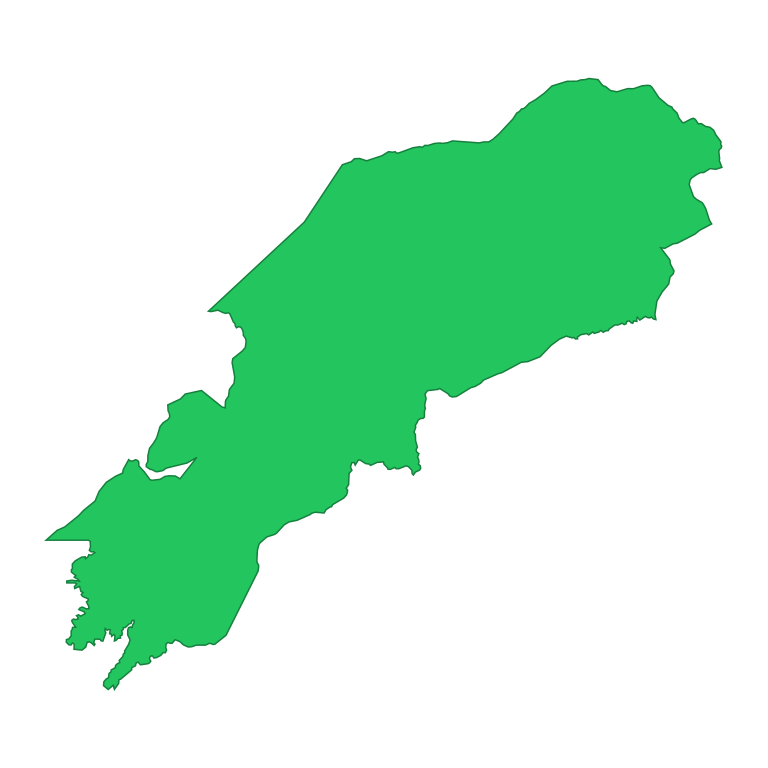 Campo Verde, Mato Grosso, Brazil (Mercator projection)
{"feature_id": "56859067B82870953347176", "entity_name": "Campo Verde", "entity_type": "district", "adm_level": 2, "iso_a3": "BRA", "parent_name": "Brazil", "parent_adm1": "Mato Grosso", "projection": "mercator", "projection_center": [-55.112, -15.474], "detail": "fine", "context": "isolated", "style": "filled", "palette": "green", "viewbox_px": 768, "rotation_deg": 0, "n_neighbors": 0, "source": "geoboundaries", "source_scale": "gbopen_adm2", "svg_char_len": 6026}
<svg xmlns="http://www.w3.org/2000/svg" viewBox="0 0 768 768"><path d="M566.3,336.1L572.2,337.9L574.0,337.5L575.5,339.0L577.6,338.8L577.3,337.2L580.8,334.7L586.6,333.6L588.8,334.9L592.8,332.0L594.2,333.4L598.9,332.0L601.0,330.4L603.2,332.3L605.6,330.9L608.3,330.6L609.2,329.0L614.8,325.0L618.0,325.0L622.2,323.2L624.2,324.6L626.2,323.7L626.7,321.6L629.2,320.8L631.0,322.7L632.7,323.3L633.9,320.9L636.9,321.4L636.7,319.0L637.3,317.2L639.8,320.1L645.4,316.4L647.6,317.6L649.7,317.9L651.4,317.1L653.5,319.0L655.9,319.6L654.9,314.5L656.9,301.0L662.2,291.9L668.7,284.1L670.0,277.2L673.3,273.7L674.0,270.9L670.5,264.2L669.8,259.8L660.7,247.8L664.9,248.3L673.0,243.9L677.3,243.2L695.1,234.0L699.6,230.3L711.7,223.9L709.5,220.4L705.8,208.9L703.4,204.3L702.0,202.5L696.5,199.4L693.5,196.6L689.2,184.7L690.1,180.1L691.6,178.0L697.2,174.2L700.4,172.6L703.6,172.6L710.1,168.6L715.6,169.3L721.9,167.4L719.3,160.6L719.6,158.4L718.8,151.5L719.5,149.4L721.0,148.3L721.7,146.2L720.7,144.3L721.0,141.8L715.7,134.6L713.7,130.3L710.0,127.3L705.5,126.4L701.3,123.6L698.3,123.8L695.3,119.4L693.6,118.3L691.2,118.9L683.6,122.9L682.1,122.1L679.0,118.2L677.1,113.1L672.7,108.8L671.9,107.1L668.0,105.4L659.0,97.8L652.0,87.3L650.2,85.7L647.7,85.3L642.1,85.8L633.5,88.7L627.7,88.6L617.0,91.8L610.4,90.5L605.5,86.5L603.4,85.9L601.8,84.5L598.1,79.6L588.9,78.5L585.1,79.6L580.7,79.9L577.0,81.2L567.1,81.3L551.9,86.0L544.2,93.3L535.5,99.7L529.3,103.3L525.6,107.1L523.7,108.6L521.4,109.0L519.4,111.5L516.8,113.0L513.0,118.9L499.0,133.9L492.8,139.4L488.8,141.9L483.4,142.0L479.2,142.9L452.5,140.9L447.6,142.7L442.6,143.4L440.1,143.0L434.6,143.4L427.8,145.5L425.0,145.3L422.1,147.4L419.9,146.7L413.1,147.7L399.2,152.8L396.9,153.2L395.1,151.7L392.9,152.2L388.5,151.7L381.8,155.8L366.6,160.8L359.7,158.5L354.4,158.7L351.3,161.7L342.4,164.7L304.3,222.1L208.5,311.2L210.9,311.6L218.0,310.2L222.7,312.5L225.7,313.4L228.0,312.7L229.8,313.8L233.4,322.0L235.1,323.8L235.2,325.6L236.4,327.8L238.7,326.7L240.7,327.2L242.1,329.0L243.3,332.4L243.3,335.3L245.5,338.4L246.1,341.5L245.3,347.5L242.1,351.2L232.8,358.6L232.1,362.6L234.7,376.9L234.1,383.2L229.4,389.5L228.5,396.2L225.8,400.1L225.4,401.7L225.2,407.8L222.0,407.0L201.5,390.5L185.3,394.0L180.4,399.0L167.8,404.9L168.1,410.8L169.3,413.4L169.8,416.6L168.3,419.3L163.1,422.8L160.1,426.5L156.7,437.8L153.6,443.0L149.6,448.2L147.9,455.5L147.8,461.5L146.2,464.7L146.3,466.7L150.2,469.4L151.9,469.6L155.7,471.6L157.6,471.7L162.8,470.6L166.3,468.1L187.1,463.0L196.8,457.4L180.0,478.8L175.3,476.0L169.1,475.8L165.0,476.4L160.2,479.3L151.8,480.3L149.9,479.5L144.4,472.0L138.9,466.0L138.7,461.8L137.5,460.4L135.5,459.7L132.8,461.0L130.3,460.9L128.7,459.6L123.2,469.6L122.7,473.0L115.5,476.3L106.3,482.3L99.1,491.4L95.1,501.0L83.7,510.3L78.5,515.8L67.0,525.1L64.8,526.9L57.2,530.3L46.1,540.2L88.6,540.2L90.2,541.4L90.5,547.0L89.3,550.4L91.2,551.9L93.4,551.7L94.9,552.6L91.2,555.2L88.8,554.7L87.9,556.9L85.5,558.7L85.2,556.8L81.7,557.1L75.3,560.8L72.3,564.1L72.4,568.7L71.3,569.9L71.5,572.2L75.9,575.7L74.2,577.2L78.0,579.4L79.3,581.1L71.7,580.2L66.8,581.0L66.8,582.9L75.3,582.9L76.6,583.9L74.4,586.7L74.7,588.5L79.6,586.4L80.9,591.5L83.0,592.5L81.2,594.6L82.5,596.4L88.4,599.0L88.0,600.7L86.4,601.9L88.7,606.3L88.9,608.6L86.4,608.9L82.1,607.0L79.9,608.0L78.8,609.6L84.0,611.7L85.2,613.7L80.7,616.1L78.6,614.8L76.5,615.6L77.7,617.1L78.1,618.9L75.5,619.6L73.6,619.0L71.7,620.4L72.4,622.5L75.7,627.2L72.5,627.4L72.3,629.2L71.2,630.9L71.2,635.8L68.8,638.9L66.4,639.6L66.3,642.2L69.0,644.9L71.0,645.0L72.3,643.0L74.2,644.1L74.0,649.3L82.1,650.1L85.8,647.0L87.1,642.4L89.2,641.9L91.2,642.7L94.1,645.5L95.0,644.1L93.7,642.7L94.8,639.1L99.9,639.2L101.2,640.9L102.9,641.1L105.8,632.8L104.9,630.6L105.2,628.5L107.1,630.3L108.8,629.4L110.3,629.9L109.6,633.7L111.3,634.3L111.7,636.3L113.8,634.5L115.0,635.8L114.4,641.0L116.3,640.2L117.9,638.3L120.5,638.1L120.3,635.7L121.9,635.3L122.3,633.5L121.7,630.6L123.1,629.6L123.4,627.6L125.4,627.5L128.8,624.2L131.3,623.1L131.8,620.8L134.0,620.3L134.1,622.7L132.6,625.0L132.2,627.5L130.4,626.9L128.6,627.7L127.7,630.1L127.7,634.9L130.1,639.9L128.6,644.4L124.6,651.0L124.8,652.7L123.3,654.1L122.8,656.6L119.2,660.4L119.8,662.7L117.6,663.5L115.6,665.4L115.3,667.7L111.2,669.9L110.9,672.1L109.1,673.3L108.4,677.9L106.3,678.9L103.9,681.7L103.5,685.6L108.2,689.5L113.3,685.2L114.4,689.4L118.6,683.5L119.0,679.6L120.6,679.2L131.6,669.9L131.8,667.6L135.4,665.9L136.1,663.1L138.1,662.1L140.4,664.8L148.0,663.7L149.6,662.8L150.8,661.1L149.7,659.5L149.6,657.5L150.8,656.0L152.8,656.1L153.8,658.0L156.0,657.8L160.6,655.5L163.2,652.6L165.4,652.7L166.6,650.1L165.7,647.3L166.2,643.8L168.0,642.5L170.3,643.3L172.2,643.2L175.1,639.7L179.9,641.6L183.3,644.8L188.3,647.0L191.8,646.7L196.3,645.1L205.6,645.1L209.8,643.2L213.3,644.5L215.0,644.1L226.0,635.3L258.1,571.1L258.7,566.6L258.5,564.8L257.1,562.7L256.9,560.3L257.4,550.3L258.8,544.8L259.9,543.0L266.9,536.9L274.6,534.4L276.6,533.1L284.2,524.8L289.1,521.9L297.1,520.3L310.2,514.5L311.6,513.3L315.2,512.2L324.1,513.0L326.1,509.6L329.7,507.2L331.6,506.7L332.5,504.7L343.8,498.0L346.4,495.1L347.3,492.5L347.6,490.1L346.2,488.3L348.6,484.7L349.1,473.4L351.9,470.3L350.5,467.0L351.8,462.7L354.2,462.5L355.2,465.1L358.2,460.2L360.0,460.0L365.7,463.6L369.3,464.1L370.6,465.4L377.1,462.4L383.5,461.9L384.0,464.2L387.3,467.6L388.1,469.3L390.5,469.3L394.9,467.4L396.1,468.7L398.8,468.7L406.4,465.8L408.5,466.7L411.9,470.3L412.1,473.6L413.4,475.0L415.4,472.1L419.6,470.1L420.7,468.2L420.2,465.5L418.4,464.4L419.0,461.7L418.5,459.0L417.5,457.4L418.9,453.6L416.7,452.1L416.1,449.6L417.4,447.3L415.6,440.7L415.4,434.5L414.0,432.3L415.7,427.4L415.4,425.2L417.3,422.4L418.0,420.2L420.4,418.6L423.1,418.3L424.4,417.1L424.5,411.0L425.4,408.3L424.8,406.4L424.9,403.7L426.1,398.7L425.0,394.1L427.4,390.7L438.0,389.4L439.7,388.5L448.1,393.8L449.5,395.8L452.1,397.0L456.5,396.5L470.9,387.6L475.2,386.4L480.6,383.2L483.7,380.0L497.9,373.8L501.8,372.7L521.2,362.3L527.9,361.6L540.0,356.8L551.1,345.3L559.5,339.1L566.3,336.1Z" fill="#22c55e" stroke="#15803d" stroke-width="1.5"/></svg>